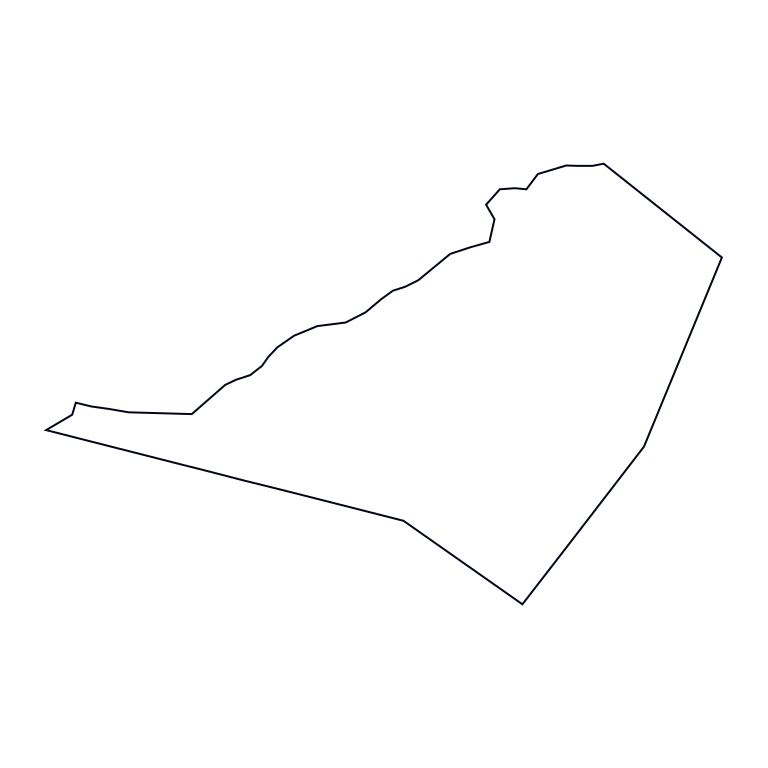 Lagoa de Pedras, Rio Grande do Norte, Brazil
{"feature_id": "56859067B10603162869089", "entity_name": "Lagoa de Pedras", "entity_type": "district", "adm_level": 2, "iso_a3": "BRA", "parent_name": "Brazil", "parent_adm1": "Rio Grande do Norte", "projection": "mercator", "projection_center": [-35.477, -6.193], "detail": "fine", "context": "isolated", "style": "outline", "palette": "ink", "viewbox_px": 768, "rotation_deg": 0, "n_neighbors": 0, "source": "geoboundaries", "source_scale": "gbopen_adm2", "svg_char_len": 651}
<svg xmlns="http://www.w3.org/2000/svg" viewBox="0 0 768 768"><path d="M721.9,257.5L603.7,163.7L592.4,165.9L578.6,165.9L566.2,165.5L537.9,174.0L526.4,189.3L514.9,188.2L499.8,189.3L486.1,204.7L494.5,219.2L489.4,241.9L470.6,247.2L450.2,253.9L418.3,280.2L405.3,286.7L392.9,290.7L381.3,299.1L365.6,312.3L345.7,322.5L317.3,326.1L294.1,335.7L277.5,347.2L268.4,356.8L262.0,365.9L250.2,375.1L235.9,379.8L225.2,384.9L191.8,414.1L128.5,412.3L108.7,408.9L91.5,406.5L75.8,402.7L72.2,414.7L46.1,430.1L182.5,464.8L196.2,468.2L242.7,480.2L286.6,491.1L403.5,520.8L522.4,604.3L569.6,543.3L644.0,446.6L721.9,257.5Z" fill="none" stroke="#020617" stroke-width="2"/></svg>